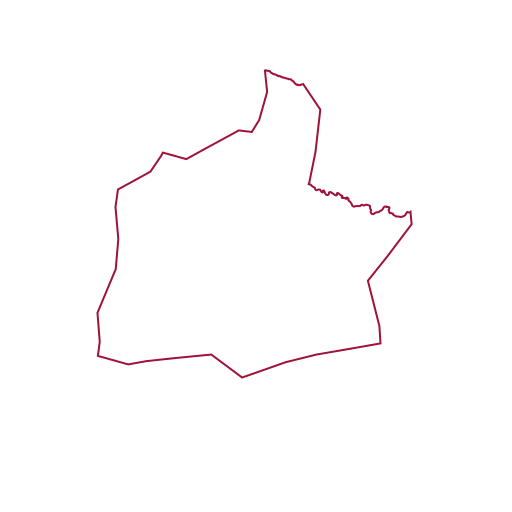 outline of Bayan-Adraga, Hentiy, Mongolia, rotated 33°
{"feature_id": "93677404B94037066175058", "entity_name": "Bayan-Adraga", "entity_type": "district", "adm_level": 2, "iso_a3": "MNG", "parent_name": "Mongolia", "parent_adm1": "Hentiy", "projection": "equal_earth", "projection_center": [111.25, 48.494], "detail": "fine", "context": "isolated", "style": "outline", "palette": "rose", "viewbox_px": 512, "rotation_deg": 33, "n_neighbors": 0, "source": "geoboundaries", "source_scale": "gbopen_adm2", "svg_char_len": 5478}
<svg xmlns="http://www.w3.org/2000/svg" viewBox="0 0 512 512"><g transform="rotate(33 256 256)"><path d="M408.0,261.5L397.7,247.6L363.3,215.8L366.4,184.4L369.2,144.6L361.5,134.8L361.2,135.7L360.8,136.0L360.2,136.4L359.5,136.6L359.1,136.6L358.9,136.9L358.8,137.1L358.8,137.7L358.7,138.8L358.9,140.0L358.9,140.4L358.8,140.8L358.3,141.9L357.9,142.5L357.4,143.1L356.7,144.0L355.8,144.6L355.1,144.9L354.7,145.1L354.2,145.3L353.7,145.4L353.3,145.7L352.8,146.0L352.4,146.2L352.0,146.5L351.3,146.6L350.8,146.6L350.4,146.6L349.9,146.6L349.4,146.5L349.0,146.6L348.6,146.6L348.4,146.5L348.2,146.5L348.0,146.2L347.8,146.0L347.6,145.9L347.4,146.0L347.0,146.2L346.7,146.2L346.4,146.3L346.1,146.3L345.7,146.6L345.1,147.0L344.8,147.1L344.4,147.0L344.1,146.8L343.5,146.2L343.2,145.9L342.7,145.6L342.3,145.3L342.1,145.0L342.0,144.5L341.9,143.8L341.9,143.3L341.8,143.1L341.6,142.8L341.4,142.7L341.1,142.7L340.8,142.7L340.5,142.8L340.0,143.0L339.6,143.2L339.3,143.5L338.9,143.8L338.7,143.9L338.4,143.8L338.2,143.6L337.7,143.9L337.3,144.2L336.8,144.8L336.7,145.3L336.6,146.0L336.7,147.0L336.7,147.8L336.6,148.5L336.5,148.9L336.3,149.6L335.5,150.6L335.5,150.9L335.2,151.9L335.0,152.3L334.4,152.9L333.9,153.3L333.4,153.6L332.8,154.4L332.2,155.5L331.8,156.5L331.4,157.2L330.9,157.4L330.2,157.5L329.8,157.5L329.1,157.3L328.5,156.9L328.1,156.5L327.9,156.1L327.8,155.7L327.8,155.2L327.6,154.9L327.3,154.7L326.5,154.3L326.0,154.1L325.6,153.8L325.3,153.4L325.1,152.9L324.8,152.5L324.6,152.2L324.4,152.0L324.1,151.9L323.8,152.0L323.5,152.0L323.0,152.1L321.9,152.4L321.3,152.6L320.7,152.8L320.1,153.3L319.9,153.7L319.5,154.2L319.4,154.5L319.2,154.7L318.8,155.0L318.5,155.1L317.6,155.1L317.3,155.1L317.0,155.3L316.7,155.6L316.5,155.9L316.4,156.2L316.3,156.9L316.2,157.2L316.1,157.4L315.4,157.9L314.7,158.4L313.9,158.9L313.4,159.2L312.9,159.5L312.4,159.9L312.1,160.2L311.9,160.5L311.7,161.0L311.3,161.3L310.9,161.4L310.2,161.4L309.8,161.4L309.4,161.4L309.1,161.2L308.9,161.0L308.6,160.7L307.7,160.3L306.7,159.7L306.1,159.5L305.5,159.3L305.1,159.2L303.9,159.2L303.6,159.1L303.2,159.0L302.6,158.4L302.6,158.0L302.6,157.8L302.3,157.6L301.9,157.5L301.4,157.4L301.0,157.4L300.5,157.4L300.3,157.4L300.2,157.5L300.1,157.8L300.3,158.0L300.5,158.5L300.5,158.9L300.4,159.0L300.1,159.0L299.8,159.1L299.5,159.1L299.1,159.1L298.8,159.1L298.6,159.2L298.4,159.3L298.1,159.5L297.7,159.8L297.4,159.9L297.0,160.2L296.5,160.4L296.3,160.3L296.0,160.2L295.8,160.0L295.7,159.8L295.7,159.5L295.8,159.2L296.0,158.9L295.9,158.8L295.8,158.7L294.9,158.6L294.4,158.7L294.0,158.8L292.7,158.8L291.8,158.6L290.9,158.5L290.5,158.6L290.1,158.7L289.9,159.0L289.8,159.3L289.9,159.7L290.2,160.0L290.4,160.2L290.6,160.5L290.6,160.8L290.5,161.0L290.3,161.4L289.9,161.6L289.4,161.8L288.8,161.8L288.0,161.8L286.8,161.7L286.2,161.7L285.6,161.8L285.2,161.9L284.7,161.7L284.2,161.7L283.9,161.7L283.6,161.8L283.3,162.0L283.0,162.3L282.7,162.7L282.7,163.0L282.8,163.3L283.1,163.5L283.2,163.9L283.3,164.7L283.3,165.2L283.1,165.6L282.7,166.0L282.0,166.3L281.3,166.3L280.6,166.2L279.8,165.8L279.2,165.4L278.6,164.9L278.3,164.6L277.5,164.3L277.2,164.2L276.9,164.3L276.7,164.4L276.6,164.7L276.7,164.9L276.9,165.2L277.2,165.6L277.3,165.9L277.3,166.2L277.1,166.5L276.6,166.7L276.2,166.6L275.6,166.4L274.9,166.1L274.0,165.6L273.6,165.5L273.3,165.6L272.9,165.8L272.3,166.1L271.8,166.6L271.3,167.5L270.9,167.9L270.4,168.0L269.8,168.0L269.3,167.8L269.0,167.5L268.6,167.1L268.4,166.9L268.1,166.8L267.8,166.7L267.6,166.7L267.4,166.7L267.1,166.8L266.7,166.9L266.0,166.9L264.8,166.8L263.9,166.6L263.4,166.5L263.1,166.4L262.8,166.4L262.6,166.5L262.3,166.7L262.2,166.8L261.8,166.9L261.0,167.0L260.9,165.9L249.2,136.3L230.2,98.2L201.9,86.1L201.5,86.6L201.4,86.8L201.1,87.1L200.8,87.4L200.4,87.8L200.2,88.0L200.2,88.3L200.0,88.5L199.8,88.7L199.6,88.8L199.3,89.2L199.2,89.3L198.8,89.4L198.6,89.5L198.4,89.6L198.2,89.6L197.9,89.5L197.7,89.5L197.6,89.8L197.3,90.0L196.8,90.3L196.5,90.3L196.4,90.3L196.3,90.2L196.1,90.2L195.8,90.2L195.6,90.2L195.4,90.2L195.1,90.0L194.9,90.0L194.7,90.0L194.4,90.0L194.2,90.0L194.1,89.9L193.9,89.8L193.7,89.7L193.2,89.5L192.7,89.3L192.4,89.2L192.2,89.2L192.0,89.3L191.7,89.2L191.3,89.1L191.1,89.1L190.9,89.2L190.8,89.3L190.5,89.3L190.3,89.2L189.4,88.9L189.2,88.9L188.8,89.0L188.7,89.1L188.3,89.1L188.1,89.2L188.0,89.3L187.7,89.6L187.4,89.8L187.1,89.9L186.5,89.9L186.3,90.0L185.9,90.1L185.7,90.2L184.8,90.5L184.4,90.6L184.1,90.6L183.7,90.9L183.6,91.0L183.3,91.0L182.8,91.0L182.7,91.0L182.3,91.2L182.1,91.4L181.7,91.5L181.4,91.5L181.2,91.6L180.8,91.8L180.7,91.9L180.5,92.0L180.4,92.0L180.2,92.0L180.0,91.9L179.9,91.8L179.6,92.0L179.5,91.9L179.4,91.9L179.2,91.9L179.0,92.0L178.7,92.0L178.3,92.1L178.0,92.2L177.8,92.3L177.7,92.5L177.3,92.6L177.2,92.6L177.0,92.8L176.9,92.9L176.7,92.8L176.4,92.8L176.2,93.0L175.9,93.0L175.8,92.9L175.6,93.0L175.3,93.1L175.2,93.1L174.7,93.0L174.1,93.1L173.8,93.2L173.6,93.3L173.3,93.4L173.1,93.3L172.9,93.3L172.6,93.4L172.1,93.7L171.8,93.9L171.3,94.0L170.7,94.0L169.9,93.9L169.3,94.1L168.0,93.9L167.6,93.8L167.3,93.6L167.0,93.5L166.8,93.5L166.6,93.5L166.4,93.6L165.9,93.8L165.0,94.4L164.4,94.6L163.9,94.6L163.6,94.7L163.2,94.8L162.9,95.0L162.5,95.6L176.0,112.4L184.6,140.2L184.9,154.3L173.2,160.0L155.2,193.2L144.8,212.7L121.6,220.0L121.9,224.1L121.5,242.7L116.3,252.5L104.0,275.4L111.5,291.5L131.3,316.8L145.5,343.4L154.0,390.0L171.7,413.1L177.8,425.9L207.9,416.5L221.4,403.8L244.8,384.8L272.2,363.0L310.5,365.5L338.9,328.7L360.5,305.6L391.3,277.1L408.0,261.5Z" fill="none" stroke="#9f1239" stroke-width="2"/></g></svg>